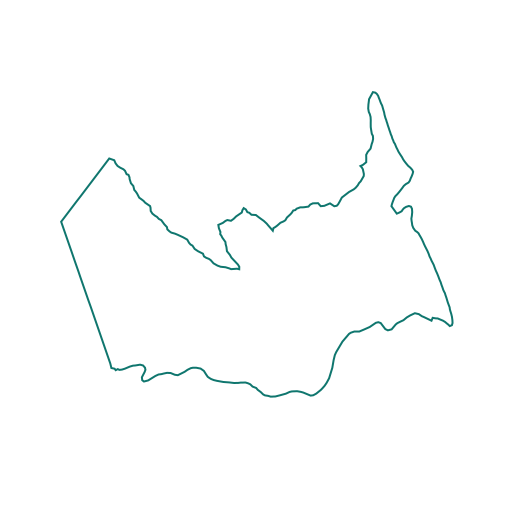 Araioses, Maranhão, Brazil (Robinson projection), rotated 65°
{"feature_id": "56859067B64575087706788", "entity_name": "Araioses", "entity_type": "district", "adm_level": 2, "iso_a3": "BRA", "parent_name": "Brazil", "parent_adm1": "Maranhão", "projection": "robinson", "projection_center": [-42.029, -2.955], "detail": "fine", "context": "isolated", "style": "outline", "palette": "teal", "viewbox_px": 512, "rotation_deg": 65, "n_neighbors": 0, "source": "geoboundaries", "source_scale": "gbopen_adm2", "svg_char_len": 4749}
<svg xmlns="http://www.w3.org/2000/svg" viewBox="0 0 512 512"><g transform="rotate(65 256 256)"><path d="M105.6,347.8L127.5,389.3L131.0,396.1L142.6,418.1L170.9,421.0L173.9,421.3L184.2,422.4L187.2,422.7L195.3,423.5L199.7,424.0L224.8,426.6L232.5,427.3L291.9,433.5L296.4,434.4L298.4,431.8L300.2,431.4L300.1,429.1L301.5,427.9L302.3,425.5L302.7,422.5L302.9,417.1L303.4,413.8L304.2,411.7L305.5,407.0L307.5,404.6L310.3,403.8L312.4,404.3L314.1,406.0L317.7,410.7L320.5,411.6L322.4,410.6L323.2,406.3L322.2,397.9L322.2,394.4L323.1,391.6L323.5,389.4L324.3,386.0L326.0,382.8L329.3,379.8L331.0,377.2L330.8,369.7L330.2,366.2L330.1,362.5L330.6,360.4L332.0,357.4L334.6,353.8L338.1,351.8L342.1,351.3L345.1,350.8L347.0,349.7L348.5,348.7L350.6,346.7L352.6,344.2L356.4,338.8L359.2,333.8L361.8,329.6L363.5,325.8L364.3,323.3L366.3,318.9L368.0,317.0L369.9,315.4L372.9,314.3L375.7,311.6L378.0,311.0L381.3,309.2L384.5,308.0L386.1,306.8L387.9,304.1L389.7,302.1L391.5,297.8L392.3,293.6L393.4,287.1L393.4,283.0L393.9,280.7L395.9,275.9L398.0,272.9L399.7,270.9L405.6,265.5L406.4,263.0L406.2,259.6L404.8,253.9L404.0,251.8L402.7,248.8L401.0,245.9L400.0,244.5L397.7,241.4L389.6,234.1L383.1,229.6L379.1,226.4L376.9,223.8L370.1,213.8L365.9,204.6L365.6,202.5L366.0,198.8L368.1,194.3L368.3,188.8L368.4,182.9L367.2,175.6L367.7,173.1L369.5,171.3L376.9,169.7L379.1,167.9L379.8,164.1L377.1,158.3L376.6,156.3L376.5,152.7L376.5,149.5L375.4,145.3L375.0,141.3L375.0,136.2L377.5,133.0L380.7,131.1L382.1,129.8L388.8,124.3L386.7,122.0L388.4,119.6L389.4,117.7L391.2,116.1L393.6,113.9L395.7,112.5L397.9,111.5L399.5,110.7L401.4,110.0L401.5,107.7L399.8,106.2L397.1,105.1L393.9,104.1L390.9,103.5L387.9,103.1L386.2,102.8L384.3,102.2L381.6,102.0L379.2,101.8L377.1,101.5L374.4,101.1L371.5,100.8L369.5,100.5L367.8,100.6L365.8,100.6L363.3,100.3L360.6,100.1L357.7,99.7L355.9,99.7L354.0,99.6L351.8,99.4L350.1,99.3L348.0,99.2L345.3,99.2L342.4,99.0L339.1,98.7L336.2,98.8L334.3,98.9L332.1,98.8L329.8,98.9L327.1,98.6L324.0,98.5L321.2,98.6L318.6,98.7L316.0,98.7L313.9,98.6L310.7,98.6L307.9,98.8L306.0,99.0L304.1,99.1L302.4,99.8L300.4,101.0L297.0,101.6L294.1,101.4L292.3,100.8L289.8,100.1L287.8,99.4L285.5,97.8L282.3,95.9L279.2,94.7L276.8,94.7L275.3,96.3L274.9,99.2L275.2,101.6L275.9,103.3L277.0,105.1L277.2,107.8L277.1,110.5L268.1,112.2L266.5,110.9L264.8,109.3L263.2,107.6L261.8,106.2L260.7,104.5L259.7,101.8L258.6,99.4L257.4,97.0L256.2,94.7L254.9,92.4L254.2,89.9L253.9,86.7L252.8,84.8L251.1,83.1L249.7,81.4L247.8,79.4L246.1,78.0L243.9,78.0L241.2,78.8L238.6,80.0L235.6,80.8L232.5,81.5L230.5,81.8L228.2,81.9L225.5,82.3L223.3,82.6L221.5,82.8L219.0,82.8L217.0,82.9L214.9,82.8L213.1,82.7L211.1,83.0L209.2,82.8L207.2,82.8L204.7,82.4L202.8,82.4L200.7,82.1L198.4,81.9L196.1,81.6L193.2,81.3L191.4,81.0L189.4,80.8L187.6,80.5L185.8,80.4L184.0,80.1L182.2,79.8L180.0,79.2L177.3,78.8L175.4,78.5L172.9,78.1L170.6,78.2L168.8,78.1L166.7,77.9L164.4,77.8L162.4,77.6L160.1,78.0L158.4,78.8L156.9,80.8L161.7,87.3L163.2,88.2L166.2,90.1L169.8,92.0L173.1,92.9L175.5,92.9L178.4,93.4L181.4,94.6L184.3,96.0L187.6,97.5L189.5,98.1L194.2,99.4L196.6,99.3L199.4,100.4L201.8,102.2L203.4,103.8L207.1,106.8L208.9,110.8L210.9,113.4L214.3,114.9L217.6,116.5L218.6,120.6L218.6,123.3L220.4,122.7L222.6,122.5L227.3,123.6L229.1,124.6L232.6,129.6L233.4,131.7L235.0,134.0L236.3,136.9L236.9,139.2L237.3,144.6L239.3,153.5L242.0,157.1L243.9,159.8L244.6,161.6L244.0,164.0L239.6,166.7L239.4,172.9L238.2,176.3L234.4,177.4L232.3,182.2L232.3,185.1L233.4,187.6L232.0,192.2L230.6,195.4L230.3,199.2L231.0,201.0L230.5,203.0L232.0,205.4L232.8,207.3L234.2,211.7L236.0,214.3L236.3,216.4L236.2,219.8L237.4,223.9L237.9,226.2L238.1,228.4L240.2,230.1L236.6,231.1L233.5,232.0L231.2,232.6L227.5,234.1L222.5,236.9L218.8,238.8L216.7,242.7L214.0,243.8L212.6,245.3L209.6,245.5L207.4,246.9L208.7,248.9L210.6,250.5L211.7,257.2L212.9,260.6L213.5,263.8L211.3,266.8L211.3,268.8L212.0,272.1L211.9,277.0L215.2,277.9L219.2,278.1L221.1,279.2L223.1,278.8L224.9,278.8L230.4,277.8L232.4,278.5L235.3,279.0L239.4,280.3L243.9,279.2L247.0,279.0L256.1,276.0L258.7,275.7L260.9,276.8L259.5,278.6L257.4,284.1L255.9,285.5L253.3,288.4L250.8,292.6L248.4,295.0L244.7,297.6L240.6,298.8L238.7,299.9L236.6,301.9L234.4,303.3L231.5,303.1L227.2,306.5L223.7,308.6L219.7,309.2L218.1,310.4L215.9,311.1L212.1,311.4L210.0,312.9L208.2,314.2L203.8,317.9L201.4,320.1L199.0,322.9L197.1,324.0L194.4,325.1L192.2,324.5L188.5,325.7L183.5,326.7L181.3,328.4L178.7,329.2L176.8,330.5L173.8,332.0L170.7,332.4L167.7,331.2L166.0,330.9L160.9,333.9L158.6,334.6L156.3,335.8L153.8,337.2L149.1,337.4L146.7,337.8L144.7,338.4L140.7,337.6L137.2,338.6L132.8,338.0L131.2,337.4L128.5,337.3L127.2,338.7L123.4,338.7L121.4,339.5L118.5,341.8L115.9,343.4L112.7,344.1L109.3,344.0L105.6,347.8Z" fill="none" stroke="#0f766e" stroke-width="2"/></g></svg>